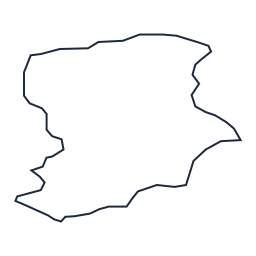 Flen, Södermanland, Sweden
{"feature_id": "70781695B18684833515036", "entity_name": "Flen", "entity_type": "district", "adm_level": 2, "iso_a3": "SWE", "parent_name": "Sweden", "parent_adm1": "Södermanland", "projection": "robinson", "projection_center": [16.701, 59.078], "detail": "fine", "context": "isolated", "style": "outline", "palette": "slate", "viewbox_px": 256, "rotation_deg": 0, "n_neighbors": 0, "source": "geoboundaries", "source_scale": "gbopen_adm2", "svg_char_len": 828}
<svg xmlns="http://www.w3.org/2000/svg" viewBox="0 0 256 256"><path d="M29.8,57.6L24.0,72.3L24.0,95.7L29.6,103.3L41.9,108.3L46.6,114.0L46.6,129.8L52.2,136.2L61.6,139.3L63.5,149.5L52.2,156.5L46.5,157.7L42.7,166.6L31.4,170.4L39.9,176.8L44.6,182.5L40.8,190.1L17.3,196.4L15.4,200.9L28.6,206.6L48.3,215.5L54.0,219.3L61.1,221.5L65.3,216.8L74.8,216.2L89.9,213.6L99.3,209.2L108.7,206.6L126.6,206.6L132.3,198.4L137.9,191.4L156.8,185.0L174.7,186.9L186.0,185.0L189.8,172.9L193.5,160.9L205.8,149.5L220.8,141.2L240.6,140.1L234.0,128.6L226.4,122.2L215.1,115.3L205.7,112.1L195.3,106.4L191.6,95.0L199.1,83.7L192.5,74.8L195.3,64.7L200.9,59.7L211.1,51.6L208.4,45.8L197.1,42.0L176.4,35.7L170.3,35.2L162.3,34.5L139.8,34.5L122.8,40.8L98.4,42.0L88.0,48.3L59.8,49.0L41.0,54.0L30.7,55.3L29.8,57.6Z" fill="none" stroke="#1e293b" stroke-width="2"/></svg>